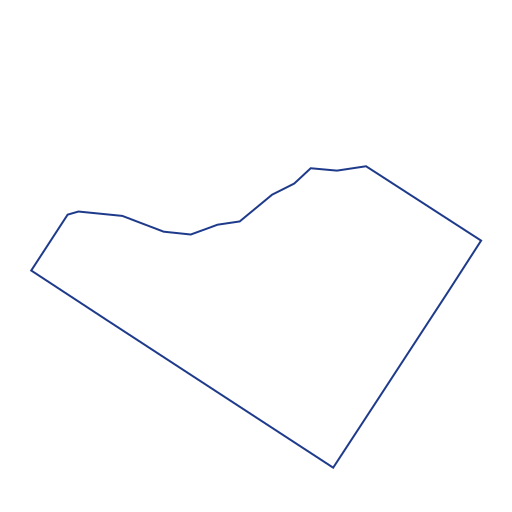 the district of Starke, Indiana, United States of America, rotated 33°
{"feature_id": "52423323B53006096789776", "entity_name": "Starke", "entity_type": "district", "adm_level": 2, "iso_a3": "USA", "parent_name": "United States of America", "parent_adm1": "Indiana", "projection": "mercator", "projection_center": [-86.683, 41.302], "detail": "fine", "context": "isolated", "style": "outline", "palette": "blue", "viewbox_px": 512, "rotation_deg": 33, "n_neighbors": 0, "source": "geoboundaries", "source_scale": "gbopen_adm2", "svg_char_len": 414}
<svg xmlns="http://www.w3.org/2000/svg" viewBox="0 0 512 512"><g transform="rotate(33 256 256)"><path d="M436.4,120.5L391.1,120.6L299.4,120.8L277.4,140.3L254.1,152.6L248.6,174.4L236.1,195.8L223.5,235.9L206.7,250.7L189.6,273.5L165.3,285.9L122.0,295.2L82.9,315.4L75.5,323.9L75.4,390.6L165.6,391.0L436.0,391.5L436.3,301.3L436.4,256.1L436.6,180.8L436.4,120.5Z" fill="none" stroke="#1e3a8a" stroke-width="2"/></g></svg>